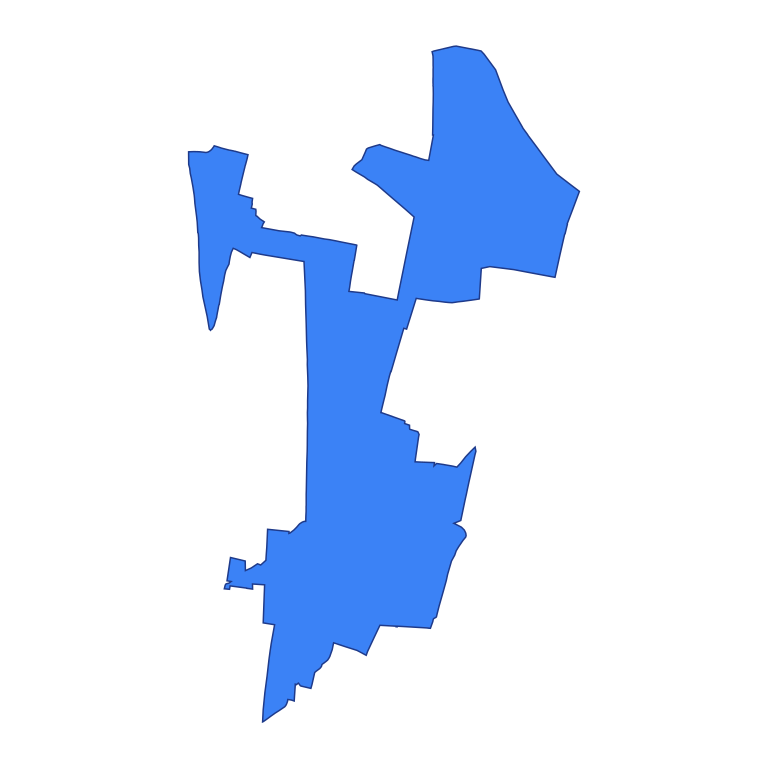 Cuautitlán, México, Mexico
{"feature_id": "50627088B95274717279759", "entity_name": "Cuautitlán", "entity_type": "district", "adm_level": 2, "iso_a3": "MEX", "parent_name": "Mexico", "parent_adm1": "México", "projection": "robinson", "projection_center": [-99.166, 19.705], "detail": "fine", "context": "isolated", "style": "filled", "palette": "blue", "viewbox_px": 768, "rotation_deg": 0, "n_neighbors": 0, "source": "geoboundaries", "source_scale": "gbopen_adm2", "svg_char_len": 6070}
<svg xmlns="http://www.w3.org/2000/svg" viewBox="0 0 768 768"><path d="M210.6,330.3L211.0,329.6L211.8,329.2L212.1,329.1L212.7,328.1L214.1,325.7L214.8,323.2L215.5,320.7L216.6,317.5L216.8,316.0L217.4,312.6L218.0,309.6L218.8,305.2L219.2,304.6L219.8,301.0L220.4,297.3L220.7,295.5L221.2,292.8L222.4,286.6L223.0,283.9L223.6,281.3L224.7,274.9L225.8,270.5L227.4,267.2L229.0,264.1L229.4,261.1L230.3,256.3L231.4,252.2L233.2,248.3L236.3,249.6L240.2,251.8L243.9,254.0L249.9,257.5L252.0,252.5L259.8,254.1L265.3,255.1L289.5,259.1L304.0,261.5L305.4,290.7L305.6,304.5L306.2,323.8L306.6,341.2L306.8,346.5L307.4,359.5L307.3,364.5L307.8,377.3L308.0,385.9L307.6,400.9L307.6,408.0L307.4,412.6L307.5,420.0L307.6,423.2L307.4,431.5L307.3,444.2L307.3,445.2L307.2,451.4L306.8,462.9L306.4,485.6L306.3,490.8L306.2,494.1L306.2,497.5L306.2,502.4L306.2,505.2L306.1,506.5L306.1,510.5L306.1,511.4L305.9,515.7L305.8,519.0L305.8,520.7L305.7,521.4L304.7,521.3L303.3,521.7L302.1,522.2L301.0,522.9L299.8,523.7L298.8,524.7L297.9,525.8L296.5,527.4L293.8,530.1L291.2,532.1L290.0,533.0L288.9,533.4L289.0,531.5L267.6,529.3L266.8,547.0L266.2,555.4L265.9,560.3L260.7,565.0L257.5,563.8L251.2,568.0L245.4,570.6L245.2,561.0L230.5,557.5L227.0,580.8L231.1,581.5L229.2,583.0L228.7,583.2L226.6,583.7L225.8,584.1L225.2,585.2L224.7,587.2L224.3,588.8L229.5,589.3L230.1,585.9L246.6,588.1L246.7,588.3L248.1,588.5L248.9,588.6L252.6,589.1L252.5,584.0L264.6,584.8L263.2,622.9L274.6,624.7L272.1,638.6L271.2,643.7L270.5,648.5L270.3,649.7L269.0,659.3L267.1,675.9L264.9,692.5L263.2,709.7L262.6,721.9L263.3,721.6L266.6,719.3L270.8,716.2L275.0,713.2L279.1,710.6L281.6,708.9L284.7,706.8L285.8,705.5L286.0,705.1L286.6,703.9L287.5,701.4L287.8,699.5L289.4,699.7L291.6,700.1L294.2,701.0L295.3,684.2L296.4,684.7L297.8,683.5L298.4,683.1L300.4,685.8L301.2,686.1L310.9,688.4L312.0,684.5L314.7,672.5L316.3,671.1L318.2,669.7L319.7,668.6L320.6,667.6L321.4,666.5L321.8,665.3L321.9,664.5L325.7,661.7L327.6,660.1L328.9,658.2L329.9,656.3L330.1,655.6L332.2,649.7L333.6,642.8L345.1,646.6L357.0,650.4L366.2,655.3L367.6,651.4L374.3,637.1L379.9,625.3L396.3,626.2L396.2,626.8L397.3,626.8L397.4,626.2L402.8,626.5L426.5,627.9L429.0,628.2L430.4,628.3L432.8,621.6L433.2,619.6L433.5,618.8L434.4,618.2L435.9,617.4L436.4,616.9L436.6,616.1L437.3,613.1L439.2,605.7L443.3,591.3L446.3,580.5L447.6,574.4L451.5,561.0L454.3,555.9L454.7,555.2L456.2,550.8L458.6,546.8L462.9,540.5L465.7,537.1L466.1,535.6L466.0,534.7L465.9,534.3L465.9,533.8L465.7,533.0L465.4,532.3L464.9,531.3L464.4,530.2L463.8,529.5L463.3,529.1L462.7,528.4L461.3,527.1L453.9,523.3L460.8,520.5L465.3,498.9L465.4,498.5L466.4,494.1L466.8,492.1L467.4,489.2L469.1,481.3L470.4,475.5L473.6,461.0L474.5,456.9L475.1,454.3L475.9,451.3L475.1,447.1L470.9,451.2L465.7,456.7L460.9,462.8L456.9,467.1L453.0,466.2L450.9,465.8L444.4,464.7L444.1,464.6L436.6,463.5L434.0,465.9L434.5,462.6L420.7,462.1L415.1,461.8L415.4,459.1L418.6,436.8L419.1,434.5L417.9,431.9L417.6,431.7L409.8,429.3L409.6,428.9L409.5,425.2L404.6,423.5L404.9,421.3L404.6,420.9L395.4,417.6L381.6,412.7L380.9,412.6L382.4,406.2L384.0,399.6L385.0,395.7L387.2,385.2L389.5,375.7L390.8,371.4L391.1,371.5L396.7,352.3L403.8,328.3L404.6,328.5L406.6,329.1L411.4,313.8L416.2,298.4L416.9,298.5L427.0,300.0L432.9,300.8L439.3,301.4L440.7,301.6L444.5,302.1L448.6,302.5L452.1,302.7L454.3,302.4L458.2,301.8L462.8,301.3L471.0,300.2L479.2,299.0L479.3,298.9L481.3,268.4L489.8,266.6L501.8,268.1L513.8,269.6L528.5,272.4L553.2,277.0L555.0,277.3L559.9,255.0L564.6,234.4L564.8,234.1L565.1,233.8L565.2,233.3L567.4,224.2L567.2,223.8L572.5,209.9L579.4,191.4L568.1,182.8L556.8,174.1L542.5,154.9L536.8,147.1L528.1,135.5L527.7,134.7L523.0,128.3L522.4,127.1L513.8,112.1L508.1,102.1L503.1,90.0L495.6,69.8L484.1,54.2L481.1,51.0L477.5,50.2L456.2,46.1L453.5,46.4L434.0,51.0L432.1,51.7L433.0,55.9L433.1,59.6L433.1,63.7L433.1,65.4L433.2,67.4L433.1,69.4L433.1,71.2L433.1,73.2L433.1,75.0L433.1,77.0L433.0,78.9L433.0,80.8L433.0,82.7L433.1,84.6L433.0,86.0L433.2,86.4L433.3,94.0L433.2,102.2L433.0,108.9L432.9,118.5L432.8,126.7L432.6,135.0L433.4,135.0L432.9,137.7L428.7,160.4L425.1,159.9L420.6,158.6L415.5,156.8L413.6,156.3L410.9,155.3L405.2,153.5L401.2,152.2L394.9,150.2L390.2,148.5L385.4,146.9L381.1,145.4L379.8,144.6L375.7,145.7L371.1,147.1L368.2,148.0L366.5,149.1L365.2,152.3L361.9,159.7L356.4,163.9L354.2,165.9L352.1,169.5L355.7,171.8L360.1,174.4L364.4,176.9L367.7,179.4L375.2,183.8L377.4,185.2L384.2,191.1L396.3,201.5L405.4,209.3L414.1,217.0L413.0,222.4L411.9,227.7L409.9,237.4L406.9,251.9L403.3,269.7L398.9,291.3L397.2,300.0L382.4,297.1L364.9,293.7L364.4,293.0L348.9,291.4L349.6,287.6L350.5,281.1L351.4,275.7L352.2,271.4L354.1,260.4L354.2,260.2L354.3,260.2L356.8,245.2L356.4,245.0L339.8,241.7L336.0,240.9L329.2,239.6L324.5,239.0L318.2,237.8L313.0,236.8L310.0,236.4L304.9,235.6L302.9,235.3L301.4,235.0L300.2,235.9L299.1,235.6L298.0,235.3L297.0,235.0L296.0,234.4L295.1,233.7L294.6,233.2L291.7,232.4L290.0,232.0L283.7,231.3L279.1,230.8L275.3,230.1L261.6,227.6L262.4,225.8L263.0,224.0L264.3,221.9L260.1,219.1L256.9,216.1L256.5,216.1L255.8,215.5L256.0,211.1L256.0,210.8L255.8,210.2L255.8,209.3L251.3,208.1L252.2,204.4L252.2,203.3L252.1,202.9L252.1,201.8L252.3,200.5L252.6,198.4L250.7,197.9L248.8,197.4L245.3,196.4L241.8,195.4L239.3,194.6L238.5,194.3L239.2,191.0L240.9,183.7L241.0,182.9L241.9,179.2L242.9,175.0L244.1,170.1L244.4,168.8L244.7,167.8L245.0,166.3L245.5,164.7L247.1,158.8L248.0,154.7L240.3,152.7L237.4,151.9L236.6,151.7L235.3,151.3L234.9,151.3L233.4,150.9L232.0,150.6L229.9,150.2L229.6,150.2L225.3,149.1L221.5,148.1L218.2,147.0L214.2,145.8L213.9,146.5L212.6,148.2L212.1,148.9L211.0,150.1L210.7,150.3L209.3,151.4L208.1,152.0L207.1,152.3L205.9,152.5L203.5,152.2L199.8,151.8L197.8,151.7L193.8,151.6L188.6,151.8L188.6,154.0L188.7,164.5L189.7,168.3L190.3,173.6L191.3,178.0L192.9,186.7L194.2,195.1L194.5,198.0L194.9,203.4L195.6,208.9L196.6,216.6L197.2,222.0L197.6,229.0L197.8,232.7L198.2,233.2L198.4,235.0L198.6,238.0L198.7,245.4L199.1,252.0L199.1,262.3L199.4,271.6L200.5,281.0L202.0,290.0L202.9,296.8L207.2,316.5L209.3,329.1L210.6,330.3Z" fill="#3b82f6" stroke="#1e3a8a" stroke-width="1.5"/></svg>